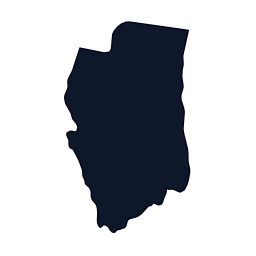 outline of Bukidnon, rotated 7°
{"feature_id": "PHL-2589", "entity_name": "Bukidnon", "entity_type": "Province", "adm_level": 1, "iso_a3": "PHL", "parent_name": "Philippines", "parent_adm1": "", "projection": "natural_earth1", "projection_center": [125.004, 7.993], "detail": "fine", "context": "isolated", "style": "filled", "palette": "ink", "viewbox_px": 256, "rotation_deg": 7, "n_neighbors": 0, "source": "natural_earth", "source_scale": "10m", "svg_char_len": 1830}
<svg xmlns="http://www.w3.org/2000/svg" viewBox="0 0 256 256"><g transform="rotate(7 128 128)"><path d="M162.4,23.5L175.9,23.8L173.4,49.7L174.9,58.0L174.6,64.3L175.0,70.3L176.7,76.8L177.6,80.3L177.3,83.3L176.7,86.2L176.4,89.6L177.1,93.7L180.6,101.2L181.8,105.1L182.6,122.1L184.0,127.2L189.5,141.6L190.6,146.8L191.3,152.6L192.0,155.2L193.9,160.8L194.3,163.1L194.5,165.5L194.1,172.3L193.1,177.8L191.1,182.6L187.9,185.0L186.2,184.9L181.9,183.5L180.0,183.1L178.4,183.3L176.9,183.6L175.4,183.7L173.4,183.0L173.6,187.0L172.9,190.2L171.9,193.4L171.2,197.4L170.7,198.7L170.0,199.6L168.9,200.2L167.7,200.4L166.5,200.2L163.2,199.3L162.3,199.2L161.6,199.7L161.3,200.4L161.0,201.1L160.7,201.6L159.4,202.3L158.2,202.8L158.0,202.5L151.5,211.5L148.5,214.2L145.9,215.6L140.9,217.6L139.1,219.1L138.4,220.8L137.7,225.3L136.7,227.2L135.0,228.0L133.2,228.6L132.8,229.3L129.5,230.3L128.6,231.4L127.9,232.6L126.7,233.3L125.1,233.0L122.6,231.1L120.6,228.2L117.6,227.0L116.4,226.7L115.2,227.0L114.1,228.5L112.6,229.9L111.1,228.8L109.9,226.7L109.3,225.0L109.0,223.2L108.5,216.6L107.7,212.2L107.0,210.0L106.0,208.0L104.5,206.2L103.1,205.1L101.7,203.8L100.4,201.5L99.9,199.9L99.5,196.5L98.9,194.7L98.2,193.3L97.4,192.1L96.3,191.1L93.1,188.8L92.4,187.7L92.1,186.4L91.3,184.5L89.5,181.5L89.1,180.3L88.2,175.4L83.3,165.9L76.7,156.3L75.8,155.6L73.3,154.7L72.3,153.7L71.7,152.0L71.4,150.3L71.3,148.6L71.0,147.2L68.2,142.5L68.2,140.4L69.7,139.3L71.0,138.3L73.1,138.2L75.7,138.6L77.6,137.7L78.3,133.8L77.5,131.5L75.9,129.3L72.0,125.5L70.0,120.4L63.4,111.4L61.5,106.1L61.6,102.9L63.2,97.4L63.7,94.4L63.4,92.5L62.9,90.4L62.7,88.0L63.4,85.4L66.1,77.8L70.6,54.6L95.4,56.5L100.8,54.8L102.0,51.3L101.5,36.8L102.6,33.5L104.6,30.3L106.9,27.5L109.2,25.4L109.3,25.4L113.1,23.3L117.1,22.7L162.4,23.5L162.4,23.5Z" fill="#0f172a" stroke="#020617" stroke-width="1.5"/></g></svg>